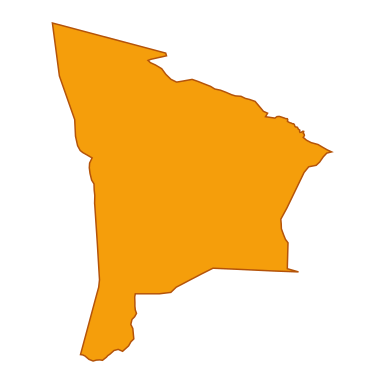 the district of San Juan Diuxi, Oaxaca, Mexico
{"feature_id": "50627088B33658307136854", "entity_name": "San Juan Diuxi", "entity_type": "district", "adm_level": 2, "iso_a3": "MEX", "parent_name": "Mexico", "parent_adm1": "Oaxaca", "projection": "albers", "projection_center": [-97.381, 17.274], "detail": "fine", "context": "isolated", "style": "filled", "palette": "amber", "viewbox_px": 384, "rotation_deg": 0, "n_neighbors": 0, "source": "geoboundaries", "source_scale": "gbopen_adm2", "svg_char_len": 1782}
<svg xmlns="http://www.w3.org/2000/svg" viewBox="0 0 384 384"><path d="M74.7,119.6L75.5,136.2L77.6,145.7L80.2,150.5L82.7,152.5L92.1,157.9L89.6,163.1L89.3,167.8L90.0,173.3L91.6,180.0L94.0,183.9L94.2,190.0L94.8,195.6L94.6,203.5L94.8,205.4L97.3,243.0L99.5,279.8L98.7,287.2L96.9,293.7L80.5,354.6L82.7,354.9L85.0,356.0L89.0,359.4L93.1,361.0L96.4,360.1L99.8,359.9L102.5,360.3L106.3,357.3L107.8,355.6L110.0,354.1L114.0,350.5L118.2,349.4L122.6,351.3L128.6,345.9L130.9,341.8L133.8,338.9L132.8,328.5L130.8,324.4L132.0,319.4L134.6,316.8L136.5,313.4L135.3,310.0L134.9,306.3L134.9,302.5L134.7,296.9L135.3,293.8L159.3,293.8L170.8,292.4L176.2,287.2L188.2,280.9L201.2,274.1L213.0,268.2L238.1,269.3L274.4,271.0L298.5,271.9L287.3,268.7L288.0,242.8L285.4,239.3L283.5,234.6L281.4,228.8L281.2,223.9L280.8,219.2L286.9,208.0L304.1,172.4L308.7,166.8L316.2,165.3L319.6,162.1L323.3,156.8L326.8,153.1L331.6,151.9L327.3,149.9L322.9,147.4L318.0,144.5L311.1,142.6L306.5,140.2L303.2,137.4L303.7,136.7L304.4,135.5L304.2,134.2L303.3,133.5L303.5,132.3L303.7,131.4L302.9,131.2L301.2,132.3L300.0,132.4L299.6,131.4L299.8,130.2L298.4,129.2L297.4,127.3L296.3,127.0L295.5,126.9L295.0,126.5L294.3,124.5L293.6,123.8L292.3,123.7L291.3,123.1L290.2,122.8L289.0,122.3L288.1,121.8L287.5,121.2L287.4,121.1L287.6,120.8L287.7,119.5L287.3,118.7L285.6,118.6L284.3,118.0L283.6,117.8L280.7,116.8L279.2,116.4L277.0,116.6L274.9,118.1L265.5,116.7L267.6,113.2L263.4,111.3L259.4,106.5L255.1,101.4L249.7,99.5L245.3,98.4L241.0,96.3L235.4,95.9L231.5,94.7L225.7,92.2L220.5,90.2L214.8,89.0L210.6,86.4L202.9,83.4L198.2,81.5L192.1,79.4L182.6,81.1L176.6,82.1L170.9,79.3L165.8,74.3L161.7,68.7L155.5,65.0L150.3,62.6L148.0,60.4L150.9,59.3L166.5,55.8L165.7,53.1L52.4,23.0L59.4,76.0L74.7,119.6Z" fill="#f59e0b" stroke="#b45309" stroke-width="1.5"/></svg>